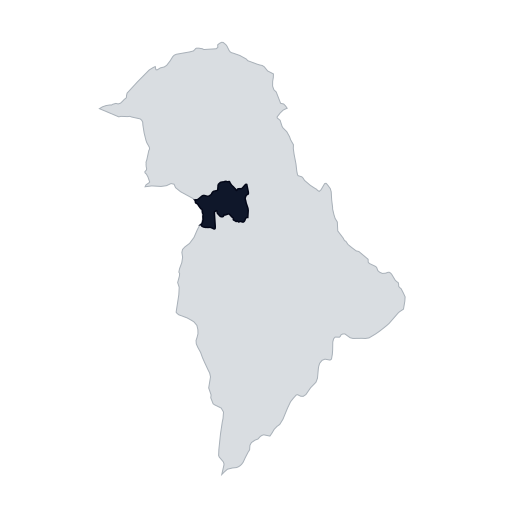 where Kémo sits in Central African Republic, rotated 86°
{"feature_id": "CAF-808", "entity_name": "Kémo", "entity_type": "Prefecture", "adm_level": 1, "iso_a3": "CAF", "parent_name": "Central African Republic", "parent_adm1": "", "projection": "orthographic", "projection_center": [19.388, 5.737], "detail": "fine", "context": "in_parent", "style": "filled", "palette": "ink", "viewbox_px": 512, "rotation_deg": 86, "n_neighbors": 0, "source": "natural_earth", "source_scale": "10m", "svg_char_len": 6180}
<svg xmlns="http://www.w3.org/2000/svg" viewBox="0 0 512 512"><g transform="rotate(86 256 256)"><path d="M359.3,186.7L364.1,187.9L365.0,189.4L363.7,194.4L364.7,197.4L367.5,200.0L370.3,201.1L372.9,201.7L382.2,203.2L386.1,205.0L391.2,210.7L397.7,215.9L399.3,218.7L399.0,221.2L397.2,224.3L397.5,225.6L400.4,228.6L403.8,231.7L410.0,235.2L420.7,240.5L425.7,244.1L427.4,246.9L430.1,249.9L434.0,252.6L436.6,254.7L434.9,260.8L435.4,262.7L436.4,264.4L438.7,266.8L439.6,269.8L441.8,273.6L444.5,275.3L448.9,275.9L451.2,277.6L456.1,280.6L460.8,283.2L462.8,284.9L464.1,286.5L465.1,288.4L465.7,290.3L465.8,294.3L466.7,299.4L469.3,302.8L471.6,305.4L462.1,302.5L460.6,302.5L459.0,303.0L454.0,306.7L452.4,307.2L446.2,306.5L430.9,303.8L419.2,301.2L415.7,300.2L409.4,299.3L405.3,301.3L401.5,307.8L400.4,309.1L394.3,311.0L391.4,310.5L384.3,312.4L373.4,309.8L369.5,310.4L366.4,311.7L358.6,314.7L353.9,316.4L348.3,318.0L343.1,320.4L339.5,321.7L336.1,321.7L332.9,320.4L329.5,319.3L325.4,319.1L321.1,319.8L317.5,322.4L316.1,324.2L312.9,329.1L309.3,337.1L307.8,338.7L306.5,339.6L289.3,335.7L281.9,334.8L277.0,336.0L270.7,333.8L268.0,333.4L266.7,334.1L263.2,333.1L257.5,330.5L252.1,329.3L247.2,329.7L244.3,328.8L241.9,326.2L238.8,321.4L233.2,316.6L225.7,312.7L221.0,309.8L219.2,307.9L215.1,306.8L209.0,306.6L203.1,308.5L194.5,314.5L186.6,326.8L182.2,331.5L178.7,332.7L177.8,335.7L179.6,340.4L180.0,345.9L178.8,355.1L179.2,361.8L177.3,360.7L175.5,357.6L174.7,356.9L169.5,358.3L166.7,359.6L165.3,360.9L164.2,361.0L162.5,359.3L161.2,359.0L159.2,359.3L157.1,359.3L155.7,359.1L154.8,359.2L152.4,358.2L143.4,355.6L141.9,354.7L140.1,354.8L135.4,357.0L132.9,357.7L125.5,359.0L117.6,359.7L114.5,359.7L112.4,360.7L111.1,362.1L108.6,370.6L107.9,372.0L108.0,374.2L107.3,381.0L107.6,383.2L98.1,401.9L96.5,398.8L95.5,395.1L95.1,390.9L95.4,389.8L94.7,388.5L94.0,385.1L94.7,382.9L94.1,380.5L92.3,378.3L90.6,376.5L89.6,374.9L88.8,374.2L87.0,374.0L84.5,373.2L74.0,362.1L63.0,349.6L60.9,345.6L60.0,343.3L62.6,343.0L63.3,342.6L63.4,341.5L61.7,338.3L61.0,334.3L59.6,331.8L55.3,328.0L51.3,325.1L50.0,323.6L49.2,321.4L47.8,308.0L47.1,304.2L45.8,302.6L44.9,301.8L44.5,300.8L44.7,298.4L45.3,296.3L45.3,295.5L46.4,293.6L46.5,281.3L45.2,279.5L42.7,279.5L41.4,277.7L40.4,275.4L40.7,273.8L43.1,271.3L44.7,270.3L49.3,268.4L50.7,267.4L51.5,266.2L52.1,264.5L54.8,258.2L58.9,251.9L60.6,250.6L64.8,241.3L65.7,238.9L66.4,236.5L67.8,234.6L72.2,231.5L75.6,225.9L79.2,226.3L82.9,227.2L87.7,227.6L91.4,226.6L93.8,224.4L105.4,220.8L106.3,217.8L108.1,216.3L110.2,214.9L111.0,214.7L111.1,215.7L112.4,218.8L115.0,221.9L118.8,225.3L119.9,225.1L122.3,222.5L128.4,221.0L129.9,220.3L134.2,216.6L139.4,214.2L142.4,213.4L147.6,210.9L151.3,211.3L157.2,210.9L167.1,209.7L174.3,209.4L177.9,208.9L178.8,208.4L180.2,204.8L181.3,203.8L184.0,202.3L189.3,196.9L192.7,192.4L193.8,190.7L194.5,190.4L196.0,188.5L194.5,186.5L188.6,182.5L188.7,181.9L188.3,181.2L188.7,180.7L190.9,179.1L194.0,177.2L197.2,176.5L205.6,176.6L212.8,176.2L214.5,176.3L220.1,175.4L223.9,174.5L227.8,172.5L236.7,172.7L244.2,167.8L246.3,166.9L247.2,166.1L247.5,165.4L251.0,163.4L254.8,159.3L257.9,155.7L258.7,153.1L267.1,144.4L270.0,144.5L271.4,143.4L274.7,137.6L275.7,136.5L279.1,135.5L280.8,133.8L282.2,131.2L282.2,128.0L281.5,125.5L281.5,124.3L282.3,123.1L283.6,122.0L289.9,118.8L291.5,117.3L292.5,116.0L294.3,115.7L296.2,115.8L297.4,115.0L298.8,113.5L303.2,111.6L307.2,110.1L311.5,110.7L319.3,112.6L321.6,116.7L322.8,118.2L332.5,127.9L334.3,130.2L339.2,137.3L342.1,142.1L345.6,149.0L345.9,152.8L345.5,156.0L345.0,165.1L344.1,167.8L340.0,172.7L339.8,174.9L340.7,176.8L342.0,177.5L342.8,178.4L342.4,182.7L343.9,184.3L347.1,185.4L355.1,186.1L359.3,186.7Z" fill="#d9dde1" stroke="#a8b0b8" stroke-width="1"/><path d="M220.9,308.9L220.6,308.4L220.2,307.9L219.8,307.6L218.3,306.9L217.2,306.7L216.6,306.4L216.3,306.3L212.5,306.2L211.2,305.7L210.6,305.8L209.5,306.3L208.8,306.4L206.7,306.3L205.9,306.5L205.4,307.0L204.7,307.9L201.7,309.8L200.2,310.5L199.9,310.8L199.4,311.7L198.8,312.5L198.2,312.7L196.7,312.7L196.1,312.9L195.8,313.2L195.7,312.2L195.8,311.1L195.8,310.9L195.3,309.7L192.2,305.4L192.0,304.6L191.9,303.8L192.1,303.0L193.0,300.5L193.1,299.7L193.0,299.1L192.7,298.3L192.0,297.1L191.6,296.5L191.3,296.2L190.5,295.8L189.4,295.0L188.9,294.4L188.5,293.7L188.0,290.5L187.8,289.9L187.4,289.6L183.6,289.0L183.1,289.0L181.8,288.5L180.1,286.4L179.8,284.6L179.8,283.1L179.7,282.5L179.4,281.7L179.4,281.0L179.5,280.4L179.9,279.5L180.0,278.9L179.9,278.4L179.8,277.8L179.8,277.5L179.9,277.3L181.6,276.6L182.3,276.2L183.3,275.6L183.9,275.2L185.7,273.5L186.9,272.6L187.5,272.0L187.8,271.8L188.8,271.4L189.2,271.0L189.3,270.7L189.0,270.3L188.3,270.0L188.0,269.8L187.8,269.3L187.7,268.7L187.7,267.8L187.8,265.9L187.6,265.4L187.3,264.9L184.3,261.9L183.9,261.3L183.7,260.9L183.8,260.7L184.0,260.2L191.5,259.2L192.8,259.2L193.6,259.4L193.9,259.9L194.2,260.6L194.7,261.4L195.3,261.8L196.1,262.2L197.3,262.7L198.2,262.8L198.8,262.7L200.2,262.4L202.5,262.1L207.9,260.7L210.1,260.6L217.0,261.5L216.9,262.3L216.9,262.5L217.0,262.8L217.1,263.0L217.4,263.3L217.7,263.6L218.0,263.9L218.4,264.1L219.4,264.5L219.9,264.8L220.6,265.3L221.1,266.0L221.3,266.6L221.1,267.3L220.5,268.9L220.4,269.6L220.5,270.0L220.9,270.6L220.9,270.9L220.7,271.2L220.1,271.9L219.9,272.2L219.9,272.5L220.2,273.2L220.2,273.4L220.1,273.6L219.9,273.7L219.8,273.9L219.5,274.4L219.0,275.0L218.6,275.8L218.4,276.0L218.2,276.1L217.9,276.1L217.3,276.0L217.1,276.0L216.9,276.0L216.7,276.0L216.3,276.2L216.2,276.3L216.0,276.5L215.8,276.8L215.4,277.3L212.6,279.5L212.1,280.2L212.1,280.6L212.9,283.7L213.0,284.1L213.0,284.3L212.9,284.4L212.5,284.8L212.5,285.0L212.8,285.3L214.1,285.7L214.3,286.0L214.5,286.5L214.5,287.5L214.3,288.2L214.0,288.9L210.9,291.4L210.5,291.6L208.9,291.8L208.6,291.9L208.2,292.1L208.0,292.5L208.0,292.8L208.1,293.0L208.3,293.1L208.5,293.4L208.7,293.6L209.0,294.3L209.7,294.5L223.8,294.6L225.5,294.8L226.1,295.3L226.1,295.8L226.0,296.2L225.8,296.6L225.7,296.8L225.4,297.1L225.2,297.4L224.8,298.4L224.5,298.9L224.3,299.3L224.2,299.9L224.2,302.0L224.1,302.6L224.0,303.1L224.0,304.1L223.4,306.4L222.8,307.4L222.4,308.0L221.9,308.2L221.6,308.3L220.9,308.8L220.9,308.9Z" fill="#0f172a" stroke="#020617" stroke-width="1.5"/></g></svg>